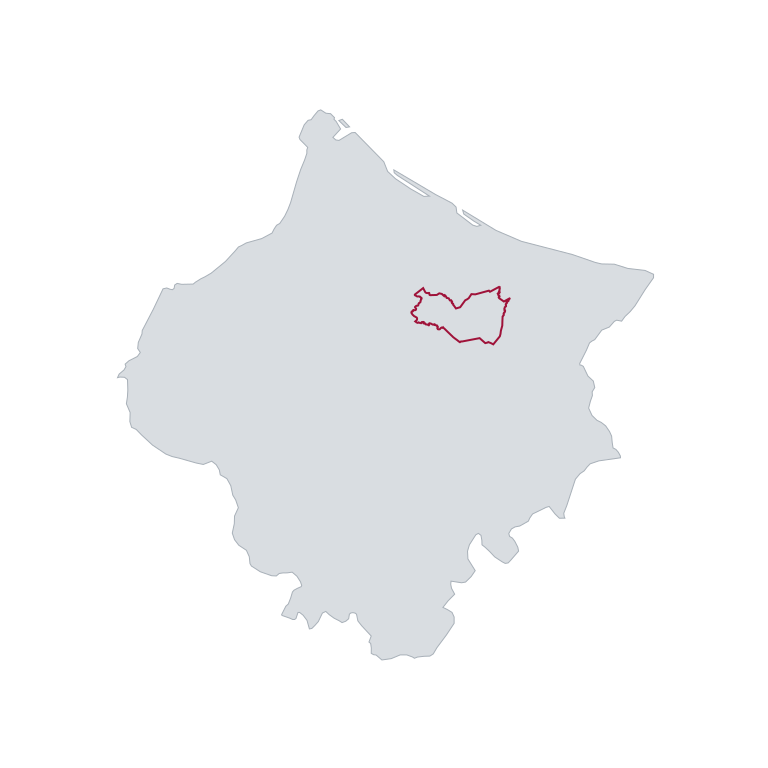 Goh, Fromager, Ivory Coast (highlighted), rotated 216°
{"feature_id": "98640826B83650084589555", "entity_name": "Goh", "entity_type": "district", "adm_level": 2, "iso_a3": "CIV", "parent_name": "Ivory Coast", "parent_adm1": "Fromager", "projection": "orthographic", "projection_center": [-5.701, 6.152], "detail": "fine", "context": "in_parent", "style": "outline", "palette": "rose", "viewbox_px": 768, "rotation_deg": 216, "n_neighbors": 0, "source": "geoboundaries", "source_scale": "gbopen_adm2", "svg_char_len": 9097}
<svg xmlns="http://www.w3.org/2000/svg" viewBox="0 0 768 768"><g transform="rotate(216 384 384)"><path d="M198.2,180.0L200.5,179.9L206.4,178.2L211.7,174.3L216.7,166.1L223.5,159.5L231.1,160.1L233.3,158.9L236.0,158.6L239.1,163.0L242.3,166.3L244.5,166.4L246.2,172.6L260.0,175.3L265.9,177.0L270.9,181.6L272.6,181.7L274.7,180.8L276.3,179.2L276.7,177.4L274.6,173.3L275.5,169.6L277.7,166.3L281.3,166.1L286.7,165.2L292.8,165.2L297.4,165.8L299.2,162.5L297.5,153.2L298.0,148.1L298.7,143.8L300.4,142.0L307.3,147.5L313.5,149.4L318.0,149.6L319.3,148.6L317.4,142.6L317.9,140.9L319.5,139.8L322.5,139.2L330.5,136.8L331.3,137.3L332.8,146.6L332.1,149.7L333.7,156.0L335.8,161.9L335.6,164.3L333.9,167.9L331.9,171.3L332.1,172.6L335.3,174.9L341.4,177.3L347.7,177.8L351.2,174.4L354.9,171.6L357.4,169.1L358.3,165.4L362.3,162.8L373.7,159.4L384.2,158.8L386.8,159.9L391.5,165.1L397.6,168.6L406.7,168.2L413.4,170.2L419.1,174.2L423.0,183.0L427.3,189.3L429.1,198.3L435.8,203.0L441.0,205.2L448.2,211.7L455.5,215.1L463.1,214.3L466.7,217.7L472.3,220.1L478.0,220.3L482.9,212.7L489.5,209.7L506.1,203.6L512.7,200.8L519.3,199.1L535.3,198.5L550.3,200.3L557.7,201.6L562.7,200.6L567.5,204.2L572.6,211.7L576.6,214.1L580.8,216.6L583.9,222.6L587.6,228.4L589.6,231.0L594.1,236.8L597.9,236.9L601.7,234.4L603.3,232.5L604.1,236.3L602.6,242.6L603.0,246.4L605.1,247.9L604.0,252.9L599.7,261.3L599.7,266.3L604.1,267.9L607.2,273.2L609.2,282.2L611.1,285.3L611.3,287.1L614.6,309.1L618.7,331.1L616.2,334.0L612.8,334.9L610.6,335.9L610.0,338.0L611.5,341.0L610.5,343.8L606.3,345.7L597.1,352.7L596.4,355.5L594.0,361.5L592.0,365.2L589.0,372.0L584.3,389.9L582.6,404.7L582.3,409.3L580.5,412.5L578.4,417.1L568.4,429.8L563.3,440.3L564.0,444.8L564.2,449.3L562.7,452.6L563.0,461.4L564.3,468.7L566.2,475.9L573.6,496.3L577.5,508.6L579.9,518.6L582.0,525.3L584.0,528.0L584.8,530.6L595.7,532.4L597.8,533.8L600.9,546.8L600.4,552.7L598.3,555.0L598.3,559.9L597.9,566.1L596.3,568.6L590.2,568.9L586.1,571.3L580.6,570.4L580.1,568.8L577.1,568.3L569.0,564.8L570.3,553.5L566.5,553.1L563.6,554.6L557.9,568.2L555.2,570.5L514.8,563.7L506.0,558.1L495.4,556.8L477.1,557.5L462.0,559.2L457.7,562.7L495.8,560.6L499.9,560.9L501.9,563.0L453.6,567.6L435.2,570.3L429.7,569.5L425.6,565.2L405.6,564.7L401.5,566.1L399.0,569.3L406.9,568.6L419.3,568.4L422.6,570.9L383.7,574.1L356.7,580.2L345.3,584.7L307.6,599.5L284.6,606.5L278.6,609.0L268.1,616.3L254.7,620.8L239.6,629.3L230.4,631.2L228.4,628.4L228.2,614.0L226.9,594.7L227.4,587.3L228.7,580.3L228.7,574.5L233.3,572.4L234.5,570.0L235.2,562.5L239.5,555.6L239.6,543.7L240.9,541.2L241.9,538.1L240.1,530.3L237.7,515.5L236.6,514.5L235.5,515.2L233.1,515.4L223.7,510.3L216.4,509.4L211.4,505.0L211.0,500.0L208.6,497.1L206.9,491.4L204.3,484.8L197.2,480.8L190.4,479.8L185.7,480.6L180.0,480.4L173.6,478.1L169.2,475.6L165.0,470.8L161.1,466.9L158.0,467.4L154.2,466.5L150.5,464.7L149.3,463.3L165.0,448.1L170.3,440.6L170.9,436.1L171.0,431.4L172.7,426.7L173.2,419.5L164.7,393.2L162.6,385.1L160.3,382.7L158.8,381.8L163.2,378.5L169.2,379.4L178.4,382.0L180.4,379.4L187.4,366.2L187.3,361.3L186.6,357.9L190.7,348.9L194.0,345.4L195.7,341.6L195.2,336.4L192.8,334.5L189.5,334.8L185.7,333.6L179.8,330.6L176.9,327.9L177.9,315.9L178.4,312.2L180.5,310.1L183.8,309.6L192.9,309.2L200.2,310.6L206.7,311.4L210.2,311.5L212.9,315.0L216.6,318.6L219.9,318.6L221.1,315.9L220.4,304.1L218.2,297.9L213.3,291.8L200.5,286.6L200.3,279.5L201.6,271.7L204.4,268.8L213.9,263.9L212.3,261.2L209.3,258.4L203.3,255.5L204.7,246.2L205.0,237.9L199.9,238.8L194.7,239.2L190.3,236.7L186.6,231.6L186.0,217.7L186.2,201.7L185.5,194.6L187.0,190.8L191.5,187.3L196.4,182.8L198.2,180.0ZM575.4,570.6L573.3,573.7L563.0,571.8L565.5,569.2L575.4,570.6Z" fill="#d9dde1" stroke="#a8b0b8" stroke-width="1"/><path d="M411.6,474.6L411.5,474.2L411.4,474.1L411.0,474.0L410.6,474.1L410.4,474.2L410.0,474.2L409.7,474.2L409.4,474.2L408.7,474.3L408.3,474.5L407.7,475.1L407.4,475.3L406.8,475.5L406.5,475.8L406.1,475.8L405.8,475.6L405.7,475.6L405.3,475.7L405.2,475.7L404.6,475.7L404.4,475.7L404.1,475.6L403.9,475.4L403.8,475.2L403.7,475.0L403.8,474.8L403.9,474.7L404.0,474.5L403.6,473.8L403.5,473.6L403.4,473.3L403.4,473.0L403.4,472.9L403.0,472.4L402.8,471.9L402.7,471.7L402.9,471.1L402.9,470.5L403.0,470.3L403.2,470.1L403.3,469.9L403.1,468.9L402.7,468.4L402.6,467.9L402.6,467.7L402.6,467.4L402.7,467.2L403.0,467.0L403.3,466.8L403.4,466.7L403.7,466.4L403.9,466.0L403.9,465.9L404.0,465.3L404.1,465.1L404.2,464.7L404.1,464.4L403.8,464.2L403.4,464.1L402.9,464.0L402.3,463.8L402.0,463.3L401.9,463.1L401.9,462.6L401.9,462.4L402.0,462.2L402.5,461.8L402.9,461.5L403.1,461.4L403.5,461.3L403.7,461.2L403.8,461.0L403.8,460.8L403.8,460.6L403.7,460.4L403.5,460.2L403.4,460.1L403.4,459.8L403.5,459.6L403.6,459.2L404.1,459.1L404.2,458.9L404.1,458.5L403.7,457.7L402.8,457.3L401.3,456.8L401.1,456.8L400.4,456.8L399.8,456.6L399.7,456.6L398.3,456.8L397.8,456.8L397.4,456.9L396.8,457.0L396.4,456.9L396.0,456.7L395.9,456.6L395.7,456.4L395.6,456.2L395.3,455.8L395.1,455.4L395.2,454.3L395.5,453.0L395.4,453.0L394.5,453.0L394.0,452.9L393.9,452.9L393.3,453.1L392.9,453.3L392.7,453.3L392.4,453.9L392.3,454.0L392.2,454.2L391.5,454.2L391.0,454.5L390.6,454.8L389.9,454.9L389.7,455.0L389.6,455.3L389.7,455.6L389.8,456.3L389.6,456.6L389.4,456.7L388.9,456.9L388.8,457.0L388.7,457.3L388.3,457.5L388.2,457.4L388.0,457.2L388.1,456.9L388.0,456.7L387.8,456.4L387.6,456.3L387.0,456.6L386.9,456.8L386.9,457.1L386.6,457.2L386.2,457.2L385.6,456.8L385.4,456.8L385.1,456.8L384.7,457.1L383.6,457.7L383.4,457.9L383.3,458.1L383.1,457.9L382.8,457.7L382.7,457.7L382.3,457.8L382.3,458.0L382.2,458.2L382.2,458.3L382.7,459.1L383.0,459.4L383.0,459.6L383.0,459.8L382.9,459.9L382.7,460.0L381.4,460.5L380.9,460.5L380.4,460.6L379.7,460.6L379.4,460.8L379.1,461.1L378.9,461.2L378.7,461.2L378.2,461.3L378.2,461.7L378.3,461.8L378.3,462.0L378.1,462.1L377.6,462.0L377.4,461.9L377.2,461.8L376.9,461.8L376.4,462.1L376.0,462.3L375.9,462.3L375.6,462.5L375.3,462.4L375.1,462.0L374.9,462.0L374.6,462.1L374.3,461.9L374.0,461.9L373.9,461.8L373.9,461.5L373.8,460.6L373.6,460.5L373.0,460.2L372.9,460.1L372.7,460.0L371.6,460.5L371.1,461.1L371.0,461.5L371.0,462.1L370.9,462.8L370.7,463.2L370.5,463.4L370.3,463.6L370.3,463.8L370.1,463.9L369.7,463.8L369.5,464.0L369.4,464.2L369.4,464.5L369.1,464.4L367.7,464.3L363.0,463.6L360.0,463.2L358.0,462.9L356.9,462.8L356.5,462.7L356.0,462.6L353.8,462.5L353.5,462.5L352.6,462.5L351.9,462.5L351.1,462.5L350.7,462.5L350.1,462.5L349.1,462.4L347.4,462.4L347.2,462.4L347.1,462.5L347.1,462.8L347.1,463.1L346.9,463.3L346.7,463.5L346.6,463.8L345.8,464.3L333.6,477.3L326.1,476.6L324.5,478.5L324.3,479.2L321.6,479.9L321.0,480.0L318.9,480.3L318.3,490.6L319.2,493.0L320.7,495.7L322.6,500.7L325.4,504.8L327.7,508.3L327.7,508.6L327.6,508.9L327.6,509.1L327.7,509.3L327.6,510.2L327.7,510.4L328.0,510.6L328.3,510.8L328.5,511.0L328.7,511.6L328.8,511.9L328.8,512.1L328.5,512.4L328.5,512.7L328.6,512.8L328.7,513.8L328.9,514.1L329.2,514.2L329.5,514.2L329.5,514.8L329.9,514.9L330.0,514.9L330.3,515.2L330.5,515.2L330.7,515.3L330.8,515.4L330.9,515.8L330.9,516.0L331.1,516.4L331.2,516.7L331.4,517.1L331.3,517.4L331.3,517.5L331.2,517.8L331.1,518.0L331.0,518.5L331.3,518.7L331.4,518.8L331.4,519.0L331.5,519.3L331.9,519.6L332.3,519.9L332.4,520.1L332.3,520.3L332.4,520.5L332.3,521.0L332.5,521.3L332.2,521.7L332.2,521.8L332.3,521.9L332.4,521.7L332.5,521.7L332.6,521.8L333.1,522.4L333.0,522.5L332.8,522.6L332.9,522.8L332.8,523.1L332.7,523.4L332.4,523.5L332.3,523.9L332.4,524.1L332.2,524.5L332.3,524.7L332.4,524.8L332.4,525.0L332.6,525.3L332.7,525.5L332.9,525.6L333.0,525.7L333.0,525.9L332.8,526.1L332.6,526.3L332.6,526.6L332.5,526.8L332.6,527.0L332.8,527.0L335.5,521.2L341.1,521.1L341.8,521.3L342.1,521.5L342.1,521.8L342.0,522.1L341.9,522.5L342.2,522.6L342.4,522.8L342.6,523.1L342.8,522.9L343.1,522.8L343.4,523.0L343.7,523.1L344.2,523.5L344.9,523.9L344.8,524.2L344.6,524.4L344.8,524.7L344.6,524.9L344.3,524.9L344.2,525.2L344.2,525.5L344.3,525.8L344.6,526.0L344.4,526.3L344.5,526.6L344.3,526.8L344.2,527.1L344.4,526.9L344.7,526.9L344.8,526.3L345.0,526.0L345.0,526.3L345.3,526.4L345.3,526.7L345.5,527.1L345.8,527.7L345.8,528.0L346.1,528.5L346.2,528.8L346.9,529.4L346.8,529.7L347.3,530.0L347.4,530.3L347.7,530.2L348.0,530.2L352.5,520.9L354.0,521.2L362.8,510.2L366.1,508.1L365.9,503.2L366.6,501.2L367.5,499.5L367.5,490.9L370.2,487.4L373.8,488.6L374.5,488.7L374.7,489.0L374.9,489.3L375.2,489.5L375.6,489.4L376.0,489.3L376.3,489.3L376.6,489.6L377.0,489.7L377.0,490.0L377.0,490.4L377.2,490.6L377.6,490.8L377.9,490.7L378.2,490.9L378.9,491.2L379.1,491.0L379.3,490.6L379.5,490.4L380.0,490.4L380.9,490.9L381.2,491.0L381.6,491.1L381.8,491.3L382.2,491.2L382.8,491.1L383.1,490.9L383.3,490.7L383.6,490.5L384.0,490.5L384.3,490.6L384.5,490.9L384.8,491.0L385.1,491.2L385.4,491.2L385.8,491.4L386.1,491.4L386.4,491.6L386.7,491.6L387.0,491.6L387.4,491.5L387.1,490.5L389.3,490.7L390.1,490.9L392.6,489.8L393.6,487.1L398.5,483.3L398.7,483.1L399.3,482.9L399.5,482.9L400.3,483.5L400.6,484.0L400.8,484.1L401.0,484.2L401.3,484.0L401.7,483.5L401.9,483.3L402.1,483.2L402.6,483.0L402.8,482.8L402.9,482.7L403.5,482.5L404.3,482.5L404.5,482.5L408.7,484.6L411.6,474.6Z" fill="none" stroke="#9f1239" stroke-width="2"/></g></svg>